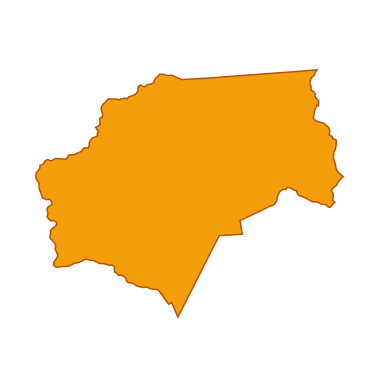 the district of Santa Cruz, Pernambuco, Brazil, rotated 81°
{"feature_id": "56859067B26223419026815", "entity_name": "Santa Cruz", "entity_type": "district", "adm_level": 2, "iso_a3": "BRA", "parent_name": "Brazil", "parent_adm1": "Pernambuco", "projection": "albers", "projection_center": [-40.303, -8.286], "detail": "fine", "context": "isolated", "style": "filled", "palette": "amber", "viewbox_px": 384, "rotation_deg": 81, "n_neighbors": 0, "source": "geoboundaries", "source_scale": "gbopen_adm2", "svg_char_len": 3288}
<svg xmlns="http://www.w3.org/2000/svg" viewBox="0 0 384 384"><g transform="rotate(81 192 192)"><path d="M141.9,338.0L144.9,338.7L147.0,340.8L148.3,342.6L150.5,343.4L153.1,343.8L155.1,343.9L157.1,342.8L159.8,341.6L163.9,342.5L166.4,342.2L169.0,341.4L171.9,341.0L174.4,340.6L176.8,337.2L176.9,334.1L179.0,332.5L182.2,332.0L183.2,334.1L184.4,336.6L186.5,338.0L189.4,337.6L192.0,338.1L193.7,339.0L195.7,338.2L198.4,336.1L198.4,333.5L200.0,331.2L202.3,330.5L204.1,331.6L205.2,333.7L206.4,336.1L207.9,337.9L210.5,337.9L212.8,339.1L215.4,339.4L217.7,337.8L220.9,335.5L224.3,335.1L226.9,336.1L229.6,335.4L233.1,334.5L235.6,335.4L237.0,336.8L238.6,338.4L240.1,339.6L242.7,340.2L244.9,338.1L245.5,334.5L245.2,331.6L245.9,327.7L245.9,324.5L244.8,322.1L244.1,318.9L243.8,315.1L243.0,311.7L241.8,308.3L242.3,305.4L243.5,303.4L244.1,300.4L245.5,298.0L247.6,295.4L248.4,293.4L249.0,290.4L250.2,287.5L251.4,285.2L251.5,282.6L253.7,280.2L256.2,280.9L259.1,280.9L260.3,279.0L262.5,277.9L263.1,275.2L264.3,273.1L266.1,271.0L269.3,270.7L271.3,269.4L272.1,267.1L273.5,263.8L275.2,262.4L276.9,259.8L277.8,257.5L278.7,255.2L278.5,252.6L279.4,250.6L280.9,248.6L282.2,245.2L282.9,240.9L299.3,232.6L297.8,229.4L313.3,225.5L287.1,206.4L284.6,204.7L272.3,195.8L252.5,181.5L239.4,171.9L241.6,149.0L227.7,149.0L223.0,132.9L220.8,125.2L220.1,122.9L219.1,120.2L218.1,117.2L217.8,114.1L216.4,111.7L214.6,110.1L212.4,109.2L207.9,107.3L205.0,104.7L203.6,101.3L204.2,98.8L202.4,97.1L203.0,95.0L204.4,92.9L206.4,90.4L207.0,88.6L210.4,88.0L212.6,86.5L214.8,81.9L218.3,77.3L220.7,74.4L220.9,72.1L221.8,69.2L224.0,66.3L225.8,61.3L227.9,60.0L228.8,58.3L227.2,55.9L225.8,54.4L224.6,52.6L222.3,54.3L217.8,53.0L215.6,52.8L212.4,54.3L209.2,50.7L208.0,48.3L204.5,45.7L200.4,40.1L198.9,41.8L197.2,42.8L195.6,44.5L193.1,45.7L190.5,46.0L188.6,46.0L186.6,46.2L183.2,46.4L181.1,47.0L178.2,46.4L174.8,45.6L172.8,43.9L167.0,41.9L163.1,41.5L161.3,44.6L159.1,44.9L156.7,47.8L154.7,46.8L152.8,46.2L149.5,47.1L144.9,50.9L143.5,53.7L142.4,56.3L140.9,58.7L138.3,60.7L133.3,58.9L130.8,58.2L127.9,56.3L125.7,55.2L126.7,53.6L124.0,53.0L121.7,52.6L118.9,54.7L116.8,55.7L114.1,55.0L111.4,56.5L110.4,58.2L108.4,58.5L106.5,57.9L104.0,58.4L101.5,58.3L97.9,56.3L95.9,53.1L92.8,51.3L90.9,49.4L89.4,69.4L85.0,121.6L81.8,160.8L79.3,184.8L78.2,186.2L77.0,188.4L75.3,190.8L73.7,193.3L73.3,196.2L72.8,199.2L71.1,202.3L70.7,205.8L72.8,208.2L73.9,210.2L75.7,211.4L78.0,212.6L79.0,215.7L79.0,218.6L79.7,220.5L80.8,222.8L79.7,224.5L78.3,225.7L78.7,227.6L80.4,229.1L83.4,229.2L86.1,231.7L87.0,233.5L87.6,235.9L88.0,239.4L89.8,241.5L88.8,243.4L89.0,245.7L88.9,247.9L89.6,249.9L88.5,251.7L88.1,253.8L87.8,256.3L86.8,259.7L88.5,262.3L90.2,264.0L91.3,265.9L92.7,267.5L95.3,268.8L98.3,268.4L100.6,268.3L102.6,268.1L104.2,269.2L104.5,271.1L106.1,272.1L108.3,272.0L111.0,272.0L112.4,274.6L113.0,277.1L115.7,275.9L118.2,274.8L119.3,276.3L121.6,276.5L122.5,278.9L123.0,281.8L124.3,283.3L125.8,285.0L127.9,286.0L130.5,286.3L132.4,287.9L131.6,290.1L131.7,292.4L133.9,294.0L134.9,295.7L135.4,298.3L136.5,301.5L136.6,303.6L136.3,306.0L136.3,308.4L138.2,309.4L139.7,311.0L139.4,314.0L138.7,316.8L138.1,318.9L137.5,321.4L138.4,323.9L139.4,326.0L138.2,327.9L137.5,329.9L138.1,332.0L140.3,333.7L141.7,335.8L141.9,338.0Z" fill="#f59e0b" stroke="#b45309" stroke-width="1.5"/></g></svg>